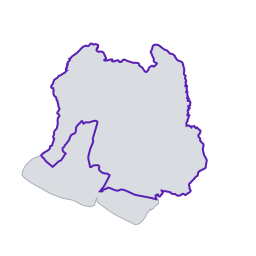 where Sipaliwini sits in Suriname, rotated 200°
{"feature_id": "SUR-69", "entity_name": "Sipaliwini", "entity_type": "District", "adm_level": 1, "iso_a3": "SUR", "parent_name": "Suriname", "parent_adm1": "", "projection": "albers", "projection_center": [-55.917, 3.687], "detail": "fine", "context": "in_parent", "style": "outline", "palette": "violet", "viewbox_px": 256, "rotation_deg": 200, "n_neighbors": 0, "source": "natural_earth", "source_scale": "10m", "svg_char_len": 7973}
<svg xmlns="http://www.w3.org/2000/svg" viewBox="0 0 256 256"><g transform="rotate(200 128 128)"><path d="M207.2,66.5L203.7,69.5L199.8,73.8L194.7,81.2L194.9,83.5L193.8,85.4L193.6,88.7L193.9,92.4L195.2,94.9L195.8,99.5L194.9,103.7L195.2,106.1L196.3,109.9L197.1,114.0L197.0,115.7L198.3,117.0L199.4,118.3L199.1,122.0L203.1,128.5L205.6,131.3L209.2,134.0L210.5,136.7L212.5,140.0L213.7,140.4L214.4,141.7L213.7,144.2L213.6,147.7L211.3,151.7L206.0,159.2L205.4,160.9L206.8,167.0L206.1,172.1L205.8,174.5L203.2,178.9L197.0,189.7L193.5,191.6L191.3,194.7L190.0,194.7L188.4,195.0L187.9,195.4L186.0,195.4L184.5,194.0L184.2,192.4L183.4,190.5L181.5,190.0L177.9,190.6L176.9,190.2L174.7,188.2L173.0,186.0L172.5,183.9L171.4,184.1L168.6,186.0L166.8,186.4L165.3,185.9L163.7,186.0L159.5,188.1L157.0,188.6L155.3,190.6L143.6,191.5L140.6,192.1L133.7,188.5L131.9,187.4L131.0,187.2L130.2,187.4L129.4,188.2L128.3,192.6L127.2,193.8L125.4,194.8L123.7,196.6L123.3,198.3L126.0,199.3L128.3,202.6L130.8,205.3L132.8,207.6L132.5,210.3L132.2,214.1L130.7,215.4L128.3,216.0L119.5,214.2L112.8,212.6L109.9,212.2L108.7,211.8L107.0,210.4L105.3,209.1L102.5,208.6L99.2,207.8L96.8,204.4L94.3,199.7L93.5,197.5L91.5,195.5L89.6,192.5L89.0,189.9L87.6,187.5L86.8,186.7L85.7,183.4L85.5,182.2L84.9,182.1L84.2,181.0L82.6,177.5L82.3,176.6L81.6,176.3L79.8,173.9L78.4,173.0L77.8,171.8L78.0,168.3L77.2,166.7L77.0,163.5L76.9,162.2L76.2,160.7L75.0,159.8L74.7,157.5L74.5,151.8L73.9,150.8L68.7,150.8L68.2,151.4L65.9,151.7L63.4,151.8L61.2,151.0L59.3,150.0L58.9,148.7L59.2,144.8L56.2,141.7L51.5,138.0L50.0,133.3L48.3,130.3L43.0,124.1L42.1,119.9L42.1,116.9L44.0,114.2L46.6,109.3L47.6,105.0L48.4,102.7L49.8,99.7L51.0,95.8L50.1,93.4L48.5,91.1L48.0,89.4L49.5,86.8L51.1,85.0L52.8,84.8L55.0,83.7L56.7,82.1L59.4,81.7L62.7,81.6L69.4,81.6L72.8,80.9L73.9,79.7L73.7,77.3L75.4,75.1L77.2,74.2L78.0,73.5L78.1,72.7L77.6,71.9L76.9,71.5L75.0,71.3L73.4,67.5L74.5,65.9L76.0,62.9L76.4,61.2L78.6,58.5L79.2,59.3L80.9,54.4L81.1,50.5L82.5,46.5L84.5,41.9L88.2,39.6L109.5,42.0L119.2,44.2L131.7,48.0L133.5,52.1L133.6,48.0L133.0,43.9L136.4,41.0L144.1,39.9L155.4,41.3L165.2,39.6L178.5,39.8L198.7,43.1L207.8,45.4L211.5,47.4L212.2,51.1L211.9,55.9L210.4,60.4L207.2,66.5Z" fill="#d9dde1" stroke="#a8b0b8" stroke-width="1"/><path d="M210.6,153.6L209.2,154.6L208.1,156.3L206.5,158.2L205.9,159.2L205.1,161.3L206.0,161.2L206.5,161.8L206.6,162.8L206.5,163.7L206.0,164.0L205.9,164.2L206.5,164.7L206.9,166.3L206.7,166.6L206.2,166.9L206.4,167.4L206.9,168.0L207.1,168.0L207.1,168.6L206.8,169.9L206.1,171.0L205.9,172.0L206.0,172.3L206.8,173.0L206.3,173.3L206.0,173.6L205.0,176.3L202.0,180.5L200.5,183.5L198.8,187.7L198.1,188.7L196.1,190.8L195.6,191.0L194.0,191.1L193.1,191.6L192.0,194.5L191.5,194.8L190.7,194.9L189.3,194.5L188.6,194.6L188.0,195.4L187.2,195.7L185.5,195.9L184.7,195.7L184.2,195.5L184.1,194.3L183.7,193.3L183.9,192.5L184.5,192.4L184.6,192.1L184.3,191.2L184.2,190.3L183.5,189.8L182.5,189.5L181.8,189.5L180.4,190.3L178.3,190.9L176.7,190.3L172.5,186.2L172.4,185.8L172.5,185.3L173.3,184.4L173.6,183.8L173.4,183.4L172.6,183.5L170.9,184.2L170.0,184.8L168.4,186.1L166.5,187.0L166.2,187.0L165.8,186.6L166.0,185.8L165.8,185.4L164.3,185.5L160.9,188.2L159.9,188.1L159.4,187.5L158.8,187.2L158.0,187.3L157.3,187.6L156.6,188.3L156.2,189.9L155.9,190.5L154.7,191.0L153.1,191.0L151.5,190.8L149.9,190.8L147.5,191.0L145.8,190.9L144.2,191.6L140.9,192.5L140.0,192.3L139.6,191.9L138.8,190.6L138.4,190.4L135.4,189.7L134.7,189.3L132.3,187.4L131.4,186.9L130.4,186.8L129.9,187.0L129.6,187.2L129.3,187.9L128.8,189.8L128.8,191.6L128.6,192.4L127.0,194.6L126.5,194.8L126.0,194.8L125.3,194.4L124.8,194.5L124.2,195.2L123.6,196.4L123.1,197.7L122.9,198.4L123.4,198.8L125.3,198.9L126.1,199.1L126.9,199.8L127.3,201.5L127.8,202.4L129.3,203.5L130.9,205.5L132.3,206.7L132.6,207.2L132.8,207.7L132.4,209.0L132.5,210.9L132.7,212.6L132.5,214.2L131.1,215.6L128.3,216.4L125.7,215.8L123.0,214.8L120.3,214.1L118.2,214.2L117.5,214.1L114.4,212.4L113.6,212.3L111.5,212.7L110.9,212.6L108.7,211.8L108.3,210.9L107.9,210.6L107.0,210.3L106.4,209.8L106.1,209.4L104.5,208.6L100.4,208.5L99.2,208.1L95.1,202.3L94.1,198.2L93.5,197.4L91.8,196.8L91.6,196.4L91.6,194.9L91.2,193.9L89.6,192.6L89.3,191.8L89.7,190.8L89.5,190.4L88.8,189.7L88.4,188.7L88.8,187.4L88.4,187.0L87.6,187.6L87.0,187.8L86.7,187.5L86.9,186.0L86.8,185.7L85.6,184.1L85.5,183.4L85.8,182.3L85.6,181.8L84.7,182.3L84.3,182.0L84.1,180.3L83.7,179.5L82.6,178.4L82.4,177.8L82.8,176.9L82.9,176.4L82.5,176.2L80.9,176.5L80.6,175.7L81.4,174.2L81.1,173.9L79.3,174.5L78.8,174.3L78.5,173.5L78.1,173.3L77.4,170.7L78.5,169.7L78.9,169.1L78.7,168.5L77.3,168.4L76.8,168.0L77.3,167.1L77.1,165.9L77.3,165.7L77.9,165.8L78.0,165.6L77.7,164.4L77.3,163.5L76.6,162.8L76.2,162.0L76.8,160.8L76.6,160.5L75.9,161.0L75.5,161.1L75.1,161.1L74.6,160.7L75.0,160.1L75.1,159.6L74.5,158.2L74.9,156.3L74.3,155.0L74.8,154.2L74.9,152.8L74.7,152.2L73.7,150.0L72.3,151.0L71.2,151.2L68.7,150.3L68.8,151.1L68.5,151.4L67.3,151.8L66.6,152.4L66.3,152.0L65.4,151.8L64.6,151.2L64.0,151.1L63.6,152.0L63.2,152.0L62.8,151.9L60.7,150.8L59.2,150.4L58.8,150.0L58.6,149.0L58.8,147.6L58.7,146.8L59.4,145.5L59.4,144.8L58.8,144.0L57.6,143.3L57.0,143.1L56.3,142.0L56.0,140.9L54.4,139.9L52.3,139.0L51.6,138.6L51.1,137.8L50.9,136.9L50.8,135.0L50.6,134.2L49.7,132.2L47.5,129.1L46.8,128.2L44.1,126.0L43.0,124.7L42.6,123.2L42.1,119.6L41.5,117.8L41.6,116.9L42.2,116.0L45.9,112.2L46.4,111.5L46.7,110.7L46.8,109.6L46.3,107.6L46.4,106.8L47.8,105.1L48.1,103.7L48.9,101.8L49.6,100.6L50.3,98.4L51.0,97.3L51.4,96.6L51.4,95.8L51.1,95.0L49.9,93.6L49.4,91.8L48.0,91.0L47.6,90.4L47.9,89.0L48.6,88.0L50.0,86.4L50.8,85.0L51.1,84.7L51.7,84.6L53.0,85.0L54.1,84.9L54.6,84.5L55.2,83.3L56.3,82.2L57.8,81.5L59.3,81.4L61.0,82.1L62.9,81.5L64.9,81.2L66.1,82.1L67.3,81.9L70.7,81.5L71.8,81.2L72.9,80.7L73.5,80.7L74.5,80.9L75.0,80.7L73.4,79.3L73.2,78.8L73.4,77.7L74.1,76.3L74.3,75.1L74.6,74.5L75.1,74.3L75.8,74.3L76.4,74.5L76.7,74.9L77.0,75.7L78.3,75.1L78.8,74.6L79.0,74.0L78.7,73.1L77.3,71.4L77.0,70.7L79.1,70.4L81.6,70.3L98.5,67.6L108.7,68.4L112.7,68.2L113.9,67.5L115.5,66.0L116.2,65.6L117.0,65.3L119.5,65.1L123.7,65.4L126.2,65.2L126.6,65.0L127.4,63.6L128.2,63.4L129.0,62.3L130.7,61.3L130.7,60.9L130.3,60.2L130.4,59.8L131.0,59.4L132.7,58.9L130.5,65.6L129.2,75.3L129.2,77.4L131.7,78.0L132.1,78.0L134.2,77.4L136.1,77.1L136.9,77.2L139.6,78.1L140.6,78.7L141.1,79.2L141.4,79.6L141.6,81.3L142.0,82.2L142.4,82.6L142.9,82.7L144.7,82.4L147.8,80.9L148.2,80.5L148.5,79.8L149.2,78.8L150.2,78.4L154.5,85.1L155.1,86.4L155.6,88.0L156.3,95.0L156.0,103.5L156.6,104.1L157.1,105.1L157.5,106.4L158.4,121.3L158.7,122.8L158.9,123.2L159.7,123.7L160.6,123.8L161.0,123.7L163.7,122.2L166.0,120.2L166.5,119.9L167.4,119.5L169.2,119.2L169.6,118.9L170.8,117.3L171.1,117.0L171.4,116.9L171.7,117.0L172.2,117.5L173.0,118.6L173.4,118.8L173.8,118.6L174.1,118.3L174.8,116.4L175.9,114.5L176.9,111.6L176.8,110.3L175.9,107.1L175.9,105.6L176.4,104.6L177.9,103.3L178.7,102.4L179.1,101.4L179.3,100.5L179.3,96.2L180.0,94.5L180.4,92.6L181.3,90.7L181.5,88.7L182.5,86.9L182.4,86.0L181.8,84.7L180.7,83.7L177.8,82.6L178.5,80.6L178.9,78.1L179.8,74.9L180.0,74.6L180.3,74.2L181.8,72.8L182.1,72.5L182.6,71.1L185.5,65.7L193.8,68.7L196.7,70.7L198.3,71.2L199.2,71.7L200.3,72.7L199.8,73.4L199.3,75.1L198.4,75.9L197.9,76.9L195.6,79.5L194.9,80.7L194.5,82.1L194.9,83.8L194.8,84.5L193.4,85.5L193.3,85.9L193.6,86.9L193.6,92.2L193.7,92.7L194.9,93.3L195.4,94.1L195.3,96.7L195.9,98.1L196.0,98.6L196.0,100.3L195.8,101.1L194.9,102.6L194.8,103.7L195.5,108.3L196.8,111.0L197.2,112.8L197.3,113.9L196.5,115.4L196.7,116.1L197.2,116.7L197.7,117.1L199.1,117.4L199.6,117.8L199.7,118.7L198.9,121.4L198.9,122.5L199.3,123.2L200.8,124.5L201.1,124.9L201.5,126.4L202.7,127.6L203.7,129.5L204.5,129.9L204.7,130.3L204.9,130.3L205.6,131.6L206.0,132.1L206.7,132.5L208.2,132.9L208.6,133.2L210.0,135.0L210.8,138.0L211.8,139.5L211.9,139.8L213.2,139.5L213.6,139.6L214.2,140.2L214.5,140.8L214.4,141.4L214.1,142.4L213.7,144.2L213.9,147.4L213.2,149.1L211.6,150.7L211.1,152.8L210.6,153.6Z" fill="none" stroke="#5b21b6" stroke-width="2"/></g></svg>